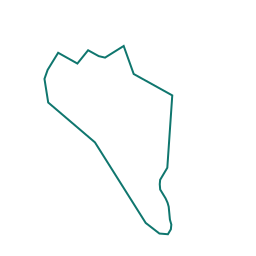 outline of Radece, rotated 44°
{"feature_id": "SVN-980", "entity_name": "Radece", "entity_type": "Municipality", "adm_level": 1, "iso_a3": "SVN", "parent_name": "Slovenia", "parent_adm1": "", "projection": "orthographic", "projection_center": [15.163, 46.062], "detail": "fine", "context": "isolated", "style": "outline", "palette": "teal", "viewbox_px": 256, "rotation_deg": 44, "n_neighbors": 0, "source": "natural_earth", "source_scale": "10m", "svg_char_len": 460}
<svg xmlns="http://www.w3.org/2000/svg" viewBox="0 0 256 256"><g transform="rotate(44 128 128)"><path d="M52.9,165.1L33.8,150.7L29.8,142.0L25.5,122.4L46.8,116.8L45.3,99.8L57.1,96.6L62.6,93.3L67.9,72.0L94.6,85.2L137.2,73.8L183.9,129.3L187.1,142.9L189.9,146.4L193.9,149.9L203.9,152.5L208.4,154.3L212.0,156.4L221.8,164.8L226.3,167.4L229.2,171.1L230.5,176.7L223.9,182.1L206.7,184.0L114.2,161.3L52.9,165.1Z" fill="none" stroke="#0f766e" stroke-width="2"/></g></svg>